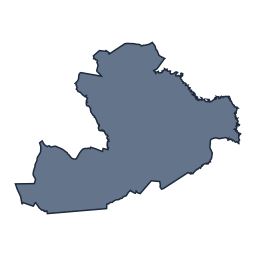 Soconusco, Veracruz, Mexico
{"feature_id": "50627088B56409372857875", "entity_name": "Soconusco", "entity_type": "district", "adm_level": 2, "iso_a3": "MEX", "parent_name": "Mexico", "parent_adm1": "Veracruz", "projection": "orthographic", "projection_center": [-94.827, 18.007], "detail": "fine", "context": "isolated", "style": "filled", "palette": "slate", "viewbox_px": 256, "rotation_deg": 0, "n_neighbors": 0, "source": "geoboundaries", "source_scale": "gbopen_adm2", "svg_char_len": 5806}
<svg xmlns="http://www.w3.org/2000/svg" viewBox="0 0 256 256"><path d="M47.3,213.6L106.6,208.6L106.8,204.2L108.8,203.8L109.9,202.6L111.2,202.3L112.0,202.5L114.0,200.9L116.2,199.8L118.4,199.7L119.6,199.2L120.1,198.7L122.1,198.2L123.3,196.8L126.3,195.7L128.6,192.0L130.3,190.9L130.5,190.4L132.0,191.7L134.7,193.1L135.5,193.2L136.2,191.1L137.6,192.7L140.2,193.6L151.3,180.8L159.7,181.5L160.4,185.1L160.0,186.6L160.6,187.9L161.7,189.2L163.5,188.5L188.1,172.5L190.6,173.9L191.3,173.8L191.2,172.8L191.5,172.9L191.5,173.3L192.9,173.7L193.2,173.1L196.0,170.1L196.8,169.8L197.2,169.1L198.3,168.9L199.5,167.7L200.3,167.5L200.6,168.0L201.6,166.2L201.9,166.8L201.8,165.4L202.5,165.0L202.7,165.5L203.9,164.1L205.4,163.5L205.7,163.8L206.6,163.2L207.5,163.3L207.1,163.9L207.9,163.9L208.0,163.4L208.4,163.5L208.8,162.5L210.4,161.8L209.9,161.2L210.6,159.7L211.5,158.6L212.3,153.1L210.0,147.9L209.9,146.5L210.4,143.3L210.2,142.8L210.4,140.6L211.0,139.3L214.8,137.9L216.2,137.9L219.2,138.7L225.4,137.6L226.7,137.9L228.0,139.4L228.7,138.5L228.7,139.2L228.3,140.0L230.1,139.5L230.9,139.0L232.5,140.7L232.8,140.2L233.6,140.3L234.4,141.5L235.7,142.2L236.3,142.1L236.7,141.7L237.2,141.9L238.6,143.6L238.9,143.6L238.9,142.9L238.3,142.3L238.8,140.9L239.4,140.6L239.5,140.0L238.8,138.6L238.6,136.9L238.9,135.9L239.1,135.8L238.7,135.3L240.2,134.4L240.6,133.8L239.8,133.3L238.8,134.2L238.4,132.7L237.8,132.3L237.2,132.5L237.1,130.6L236.8,130.4L235.7,130.9L235.2,129.5L234.3,129.2L234.6,129.0L235.6,129.3L236.1,129.1L236.5,128.5L236.8,127.3L236.6,126.8L236.0,126.3L236.4,126.0L236.7,124.2L237.0,124.1L237.9,125.1L238.1,125.9L239.3,125.3L239.5,124.8L238.1,123.8L236.9,123.4L236.6,123.0L238.0,121.9L238.0,121.0L236.9,119.8L237.5,118.5L236.4,119.0L235.7,118.7L235.6,118.0L236.1,117.5L235.3,117.0L235.1,116.5L235.8,116.0L234.4,113.4L234.7,112.9L235.1,113.8L235.5,113.8L236.0,113.0L236.5,113.5L236.0,112.0L236.8,109.8L236.8,108.3L238.0,108.1L237.0,107.3L236.3,107.3L235.9,106.9L234.9,106.9L234.1,106.3L234.2,105.5L232.6,104.2L231.0,100.8L230.3,100.8L230.1,100.4L230.4,99.5L230.2,98.6L229.5,98.9L228.4,97.6L228.7,97.0L229.4,97.0L229.4,96.6L228.4,96.4L227.8,96.3L227.0,96.6L225.2,96.3L224.4,96.9L223.5,96.6L222.9,97.5L222.5,97.0L221.4,96.3L220.5,97.1L220.3,98.2L219.2,97.9L218.9,98.4L218.7,98.0L218.7,96.7L217.8,96.9L216.2,96.4L216.5,97.1L216.4,97.9L216.1,98.1L215.3,97.7L214.9,97.8L214.8,98.2L216.0,98.9L215.8,99.3L215.2,99.2L214.6,98.7L214.5,99.0L212.1,101.0L209.9,102.0L209.2,99.5L207.4,99.4L208.8,100.6L208.1,101.7L206.1,101.5L204.9,100.9L204.5,100.0L204.6,99.2L202.2,100.1L202.1,98.4L201.8,97.9L201.1,97.7L201.5,98.4L201.5,99.4L200.8,99.9L199.3,99.5L199.2,100.1L198.7,100.5L197.9,99.9L198.4,99.1L197.7,99.0L197.5,99.6L197.1,99.6L196.1,99.1L196.0,98.7L197.1,97.9L197.5,97.2L196.5,96.6L195.8,97.5L195.5,97.5L195.2,97.1L195.5,96.0L193.4,95.4L192.1,94.3L193.5,94.0L194.4,94.7L195.0,94.7L195.2,94.2L193.4,92.1L192.2,91.8L191.2,92.0L190.5,91.8L190.5,91.4L191.4,90.6L191.5,90.3L189.8,90.0L188.9,89.5L188.5,88.8L188.7,88.3L189.5,88.4L190.2,88.0L190.1,87.7L188.4,87.5L187.7,85.8L188.0,85.2L185.7,85.5L185.4,85.2L186.1,84.1L186.0,83.7L184.8,82.9L183.5,83.2L183.0,83.0L183.2,81.8L181.9,80.7L181.9,80.1L180.9,79.0L180.4,77.8L182.6,75.6L182.7,73.7L181.4,73.2L180.8,73.4L181.0,74.9L180.6,76.0L179.4,76.4L178.9,75.4L176.6,76.1L175.9,75.9L175.7,74.6L177.6,72.5L176.8,72.0L175.5,72.1L174.6,72.9L173.1,73.7L170.7,74.0L170.1,72.9L170.4,71.0L167.9,71.3L167.4,71.0L167.0,69.2L165.6,70.1L164.9,68.8L164.5,68.6L164.6,69.4L164.3,70.0L163.0,70.5L162.9,71.2L162.5,71.6L162.0,71.4L162.1,72.4L160.3,72.9L158.7,72.8L158.3,71.4L157.4,72.0L156.2,72.0L155.8,73.4L155.1,72.5L154.8,71.0L154.2,71.2L153.7,70.5L156.4,69.2L157.5,68.2L164.1,59.1L164.8,58.5L160.3,56.3L158.8,55.0L157.2,50.8L155.9,49.3L155.0,46.0L152.3,42.4L149.2,44.2L145.3,45.2L143.4,45.2L141.8,46.0L139.8,44.6L138.1,44.3L136.3,44.3L134.2,43.7L127.1,43.4L124.8,43.7L109.1,54.1L108.8,53.9L109.5,53.0L106.1,50.6L105.8,51.3L99.4,50.6L93.4,55.9L93.9,57.7L93.6,58.7L95.2,59.0L95.4,59.7L97.1,60.2L97.5,60.8L96.9,62.2L98.1,65.4L96.7,70.6L97.1,71.6L99.4,73.7L101.4,76.2L80.9,72.6L79.7,73.3L78.9,74.8L78.5,78.9L77.7,80.8L75.1,83.5L76.0,83.9L76.3,85.7L77.0,87.0L77.1,87.7L76.6,88.2L76.4,89.2L77.0,89.7L78.0,91.4L79.5,92.1L80.4,92.3L82.7,95.0L83.1,95.0L84.7,96.5L86.3,95.7L85.9,97.0L86.6,97.4L87.4,98.4L87.1,98.6L86.9,100.1L86.5,100.3L86.3,101.3L86.6,102.0L87.2,102.3L86.2,102.9L86.6,105.5L87.6,106.0L88.6,106.0L89.9,107.4L90.0,108.0L90.7,108.7L90.4,109.5L90.9,111.9L93.2,115.4L94.3,115.9L94.3,117.1L95.0,117.3L96.2,119.5L97.8,123.8L99.0,124.3L98.6,125.6L98.7,125.8L99.4,125.9L99.4,126.3L98.6,127.1L98.3,127.9L99.1,130.3L100.3,130.8L101.5,130.0L101.9,130.1L101.9,130.8L102.3,130.9L102.1,130.5L102.4,130.3L103.2,130.3L103.6,130.8L104.0,130.8L105.2,133.4L105.6,133.4L106.0,134.8L107.1,134.7L107.2,135.4L108.0,136.0L107.9,136.4L107.3,136.5L106.9,137.9L107.5,139.0L108.4,139.3L107.9,139.6L108.9,141.2L107.8,141.4L107.3,142.7L107.6,143.0L107.1,144.0L107.4,144.3L107.5,145.0L107.2,145.2L107.1,145.7L107.5,145.9L107.5,147.3L108.4,147.6L108.3,148.6L107.7,148.8L107.8,149.6L103.1,148.5L102.4,151.5L95.6,148.8L90.5,147.2L90.0,148.7L88.1,148.1L87.0,148.6L85.3,148.4L84.3,148.6L82.8,149.2L81.7,150.2L79.5,153.2L76.8,157.9L75.8,159.1L74.6,159.1L72.3,158.6L70.7,157.2L68.8,154.7L68.2,154.5L67.2,152.8L63.8,150.2L61.8,148.9L55.5,146.2L53.6,146.4L51.1,147.1L50.5,147.0L49.3,145.8L48.0,146.1L47.3,146.7L44.4,144.7L42.1,140.9L39.6,142.9L40.6,145.8L40.8,147.3L40.6,151.6L40.3,152.6L37.3,157.6L36.9,160.7L35.0,164.8L35.1,166.1L33.5,171.1L33.1,174.4L33.4,175.5L35.5,179.1L35.4,180.0L34.3,183.6L15.4,183.9L17.1,188.9L20.6,196.5L21.9,203.5L22.2,203.8L23.3,202.7L33.3,206.2L35.3,202.7L36.0,203.2L39.2,207.8L41.7,210.1L43.8,210.2L44.0,211.2L45.3,211.6L46.3,210.9L47.0,211.0L47.3,213.6Z" fill="#64748b" stroke="#1e293b" stroke-width="1.5"/></svg>